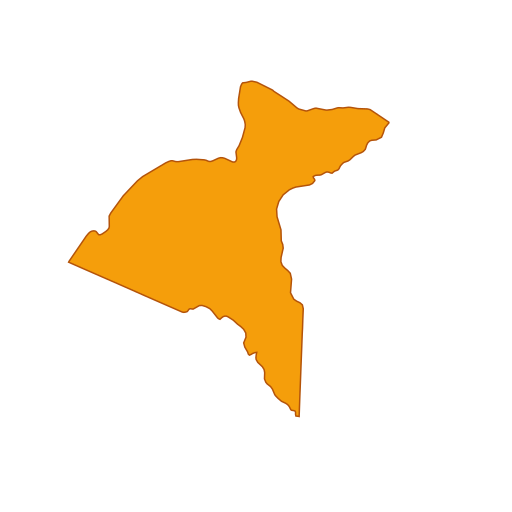 Sangha-Mbaéré, Mercator projection, rotated 337°
{"feature_id": "CAF-802", "entity_name": "Sangha-Mbaéré", "entity_type": "Economic Prefecture", "adm_level": 1, "iso_a3": "CAF", "parent_name": "Central African Republic", "parent_adm1": "", "projection": "mercator", "projection_center": [16.411, 3.248], "detail": "fine", "context": "isolated", "style": "filled", "palette": "amber", "viewbox_px": 512, "rotation_deg": 337, "n_neighbors": 0, "source": "natural_earth", "source_scale": "10m", "svg_char_len": 3065}
<svg xmlns="http://www.w3.org/2000/svg" viewBox="0 0 512 512"><g transform="rotate(337 256 256)"><path d="M430.9,185.1L424.6,188.4L421.3,192.4L417.9,195.7L412.0,196.1L407.8,194.7L405.7,194.5L403.3,195.4L401.1,197.2L399.7,198.9L398.3,200.5L395.6,201.7L393.2,202.0L386.7,201.8L384.5,202.4L380.1,204.1L377.9,204.5L373.5,204.2L372.0,204.6L369.3,205.8L368.2,206.6L366.4,208.2L365.0,208.8L364.0,208.8L361.8,208.6L360.6,208.8L358.4,209.5L357.1,208.7L355.9,207.4L354.1,206.3L352.5,206.2L348.0,206.7L346.5,206.5L343.6,205.4L342.0,205.0L339.7,205.2L339.4,206.5L339.9,208.3L339.6,209.6L336.4,211.3L333.0,211.5L319.6,208.1L316.3,207.9L312.5,208.1L304.9,210.3L298.3,214.7L293.3,220.8L290.7,228.1L289.2,241.7L285.2,251.9L285.1,255.9L284.1,259.4L278.5,267.2L276.7,270.9L276.5,274.9L277.8,278.4L279.5,281.7L280.8,285.3L279.7,291.2L273.4,303.3L273.9,310.5L275.8,313.5L278.2,316.2L279.6,319.1L278.9,323.0L274.2,332.9L270.5,340.9L268.2,345.6L261.3,360.3L253.9,376.0L248.7,387.1L241.3,402.8L233.0,420.6L232.3,420.1L230.2,418.9L230.5,417.3L231.4,415.2L231.3,413.9L230.7,413.3L228.5,411.9L228.0,411.1L227.8,407.8L227.5,406.4L226.9,404.9L225.8,403.2L222.7,399.7L220.7,395.7L219.4,392.3L219.1,391.0L219.1,384.9L218.4,381.9L216.3,378.1L215.7,376.0L215.8,372.4L218.4,366.8L219.1,363.7L218.6,360.4L216.1,354.7L215.7,351.4L216.2,349.6L217.5,347.2L219.0,345.0L217.1,344.5L215.0,344.4L212.8,344.7L211.2,344.7L210.6,343.3L210.8,341.0L210.1,335.5L210.7,331.2L215.1,326.8L216.5,322.9L216.0,318.6L214.4,315.0L212.4,311.6L210.0,306.2L206.6,301.2L205.3,299.8L203.6,299.1L202.0,299.0L200.3,299.4L198.1,300.2L197.4,299.5L196.8,298.7L196.4,297.8L194.2,289.6L192.9,286.4L190.2,283.1L187.0,280.4L184.4,279.5L177.4,280.3L176.8,280.0L175.0,278.9L174.1,278.7L173.2,279.0L171.4,280.1L170.7,280.3L168.7,280.0L167.4,279.6L166.2,278.8L154.0,265.9L138.7,249.7L122.7,232.6L105.8,214.7L92.1,200.2L81.1,188.5L81.9,187.8L107.5,171.4L110.8,169.7L113.0,169.0L114.6,169.0L116.0,169.3L117.1,169.8L117.9,170.4L118.4,171.1L119.5,174.9L120.8,175.6L123.0,175.6L127.5,174.7L129.9,173.9L131.7,172.7L132.5,171.5L136.4,161.9L139.1,159.7L157.4,148.7L176.2,140.5L182.7,138.6L209.3,135.0L212.6,134.9L214.9,135.1L216.2,135.6L217.3,136.4L218.5,137.4L219.9,138.2L221.3,138.8L235.2,142.3L238.9,143.7L245.8,147.2L247.5,148.4L248.6,149.6L249.7,150.6L251.3,151.3L253.5,151.5L259.5,151.3L261.7,151.6L263.6,152.5L265.4,153.9L271.2,160.3L272.8,161.1L274.0,161.0L275.1,160.4L276.0,159.3L276.6,158.0L278.2,152.4L279.0,151.4L279.9,150.5L283.6,147.8L289.8,141.6L296.1,133.6L297.4,131.0L297.9,129.1L298.3,126.9L298.4,124.9L297.9,117.9L298.2,112.9L298.7,110.4L299.7,107.9L301.5,104.3L307.9,94.1L309.9,92.2L311.3,91.4L314.8,92.4L319.5,93.1L320.9,93.7L324.7,96.4L336.1,109.8L336.4,110.5L336.7,111.3L346.9,126.4L351.4,135.4L352.2,136.6L352.8,137.4L358.6,142.0L359.8,142.4L366.1,142.8L367.9,143.0L369.1,143.4L377.4,149.0L378.2,149.4L383.4,150.9L388.4,151.4L389.4,151.6L390.3,151.9L393.9,153.7L399.2,155.2L401.2,156.2L407.5,160.2L415.9,164.1L417.3,165.1L418.3,165.9L430.8,185.1L430.9,185.1Z" fill="#f59e0b" stroke="#b45309" stroke-width="1.5"/></g></svg>